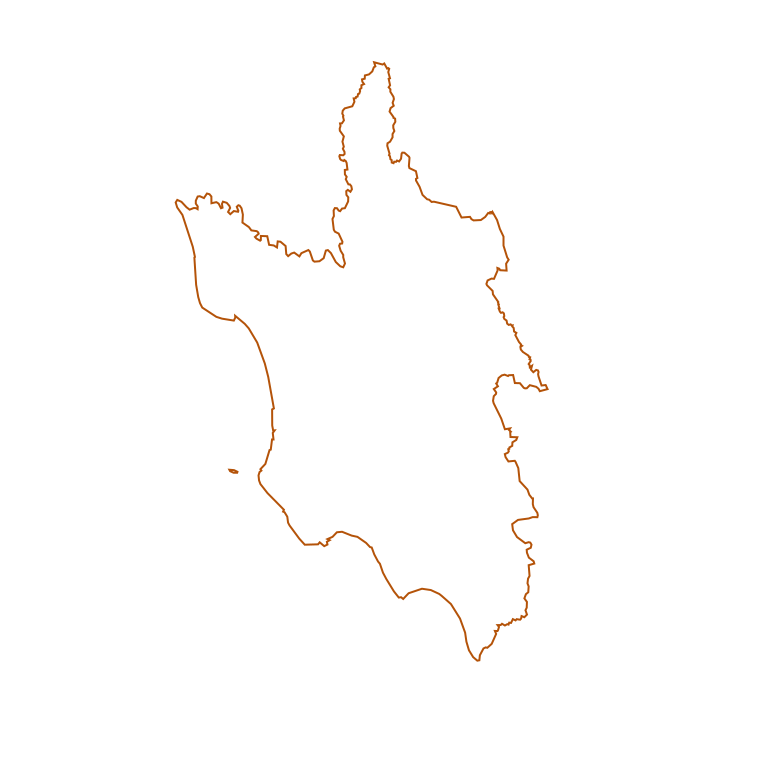 Ogan Komering Ilir, Sumatera Selatan, Indonesia (Equal Earth projection), rotated 152°
{"feature_id": "22746128B6554957987252", "entity_name": "Ogan Komering Ilir", "entity_type": "district", "adm_level": 2, "iso_a3": "IDN", "parent_name": "Indonesia", "parent_adm1": "Sumatera Selatan", "projection": "equal_earth", "projection_center": [105.107, -3.327], "detail": "fine", "context": "isolated", "style": "outline", "palette": "amber", "viewbox_px": 768, "rotation_deg": 152, "n_neighbors": 0, "source": "geoboundaries", "source_scale": "gbopen_adm2", "svg_char_len": 6164}
<svg xmlns="http://www.w3.org/2000/svg" viewBox="0 0 768 768"><g transform="rotate(152 384 384)"><path d="M242.0,302.7L241.8,306.0L241.6,307.1L241.0,306.9L245.6,308.7L244.0,318.2L243.3,320.4L241.9,322.0L241.7,323.7L243.0,325.0L246.6,324.3L247.5,327.7L244.8,330.6L247.4,330.3L246.6,332.2L246.9,333.7L243.7,335.4L243.2,336.7L243.9,337.5L242.4,339.0L243.4,339.9L243.1,341.1L246.3,347.0L247.0,350.2L246.2,352.7L244.3,352.9L245.0,353.9L244.4,354.5L245.1,357.7L245.1,365.5L243.1,367.0L244.5,369.3L243.2,372.6L243.7,374.5L242.9,375.4L243.8,375.7L244.2,377.2L246.1,377.6L246.9,379.5L246.0,382.5L247.2,384.9L247.0,386.9L245.9,387.5L245.0,390.1L245.6,391.6L247.3,391.9L247.7,393.5L247.3,396.8L246.5,396.5L245.8,400.4L245.3,400.4L245.2,402.3L244.6,402.7L245.7,412.0L244.4,415.2L246.7,422.7L246.6,424.3L243.9,426.8L239.6,426.6L237.5,425.2L230.3,431.0L229.4,433.2L228.1,431.7L228.0,429.9L222.5,426.6L219.7,432.9L215.6,435.2L215.8,438.0L213.5,450.1L209.3,458.0L208.9,466.5L207.2,475.7L207.4,485.0L208.5,484.2L208.7,485.6L209.7,485.9L210.5,484.9L211.7,486.1L216.2,484.0L221.5,483.3L228.1,486.4L229.4,488.5L229.6,491.2L237.4,494.6L237.1,506.6L254.3,521.5L256.5,522.4L257.6,525.5L259.2,526.9L261.2,532.9L260.0,541.5L260.2,548.6L259.5,550.1L257.8,550.2L255.9,556.9L260.2,562.7L259.7,564.8L255.3,571.7L255.2,572.9L257.4,578.6L259.2,579.7L260.3,579.1L263.2,574.9L266.2,573.4L267.6,575.2L269.0,574.5L270.6,575.5L271.9,574.5L273.2,575.9L272.1,578.1L272.8,579.4L271.8,582.3L272.2,583.7L271.0,584.7L269.3,592.8L267.9,594.9L264.9,595.1L260.6,597.8L259.1,600.7L256.1,602.5L255.6,605.6L254.4,608.1L250.9,610.2L249.6,613.1L250.7,614.6L250.3,615.3L251.2,621.9L248.7,624.5L244.8,625.1L244.4,628.2L241.5,630.9L240.8,633.2L241.2,639.1L240.0,641.2L240.6,643.8L238.4,644.9L236.6,651.3L235.2,651.1L233.8,657.4L231.4,659.9L232.0,661.0L233.2,661.0L233.3,666.9L235.2,666.7L241.7,672.7L242.5,668.5L244.3,668.4L247.6,665.5L251.9,664.4L256.0,665.4L257.7,662.6L260.4,663.3L261.2,661.1L260.8,658.2L263.7,658.4L265.0,655.9L267.1,655.5L267.6,653.8L269.5,652.0L270.8,652.2L272.4,650.2L274.1,650.5L274.8,649.6L276.7,650.4L277.6,647.1L281.6,644.1L289.3,645.8L292.1,644.7L293.9,642.3L293.9,639.9L294.7,639.3L295.6,635.6L298.8,633.9L300.5,634.7L301.2,632.3L303.3,630.2L304.1,628.3L303.2,621.5L306.9,617.5L308.1,612.4L309.9,611.0L309.9,607.5L310.8,605.6L312.6,605.1L315.5,606.9L316.5,606.1L317.1,603.3L316.7,601.9L314.9,599.8L313.9,600.4L313.1,598.8L313.2,596.8L315.6,590.5L318.1,591.4L320.1,587.4L319.7,584.4L321.6,582.8L321.7,577.0L320.4,576.2L320.0,574.0L320.9,571.0L323.4,569.5L324.8,572.4L326.8,572.0L328.4,568.6L327.9,565.6L330.0,562.0L336.0,557.6L338.7,558.6L341.6,557.2L342.6,558.4L343.0,561.3L344.8,562.4L347.0,560.9L349.4,555.8L352.0,553.9L355.9,543.8L355.8,541.5L353.4,538.1L353.9,529.1L355.0,527.7L357.0,528.5L358.7,527.1L359.7,522.1L359.4,517.1L360.5,515.1L361.9,508.7L365.2,506.2L367.3,508.4L369.3,514.3L369.4,524.5L370.7,528.6L372.7,529.1L378.2,523.4L383.4,522.7L388.0,524.7L388.8,526.5L387.3,535.8L387.9,537.8L395.5,538.3L398.8,536.4L401.6,542.2L404.6,542.7L408.6,541.9L409.3,544.6L406.1,552.0L408.6,558.2L410.9,559.8L414.4,554.8L416.3,558.1L420.1,560.8L417.7,569.3L423.2,572.5L425.2,568.9L426.1,568.7L428.4,572.3L428.9,574.4L424.1,575.5L423.9,577.0L424.6,578.7L429.0,581.9L429.6,585.9L433.2,593.0L429.1,599.8L427.3,606.1L427.7,609.2L428.7,610.2L430.8,609.6L431.3,605.3L432.0,604.6L435.4,607.2L440.0,606.1L440.9,609.1L437.2,611.7L436.9,613.9L437.8,617.8L440.6,620.6L442.5,619.1L443.8,615.5L445.4,615.7L445.3,620.8L446.1,622.4L446.7,623.3L451.5,624.6L448.4,630.6L449.0,633.5L450.9,635.3L455.7,632.7L458.5,636.3L460.5,637.0L464.1,634.2L465.5,631.6L465.1,628.2L466.5,625.9L467.5,627.6L469.5,628.7L473.8,629.2L475.4,632.8L477.3,639.9L480.1,643.6L482.7,642.1L483.7,637.0L482.6,627.9L488.4,595.0L491.3,584.9L492.1,584.6L503.3,559.8L507.2,548.0L508.5,541.8L508.6,536.8L500.5,522.0L496.3,517.7L486.8,510.5L484.1,512.5L483.4,514.1L478.7,502.5L477.3,496.6L476.5,480.1L479.6,458.1L482.9,444.6L492.7,414.1L494.7,414.1L502.2,399.8L503.7,395.0L502.3,394.4L505.2,393.0L507.6,386.9L508.9,387.6L514.8,379.2L516.1,379.4L526.3,369.1L533.1,366.8L532.9,365.1L535.2,364.7L537.7,362.2L539.6,357.5L540.1,353.6L538.1,342.4L531.4,319.9L533.0,318.7L532.0,317.5L531.7,312.2L533.8,306.6L533.8,303.4L531.4,287.2L529.4,279.3L517.5,273.4L515.1,274.4L512.9,268.9L509.3,268.8L508.5,271.5L505.3,271.6L506.7,273.6L501.2,273.2L495.2,275.2L490.4,273.2L483.7,265.3L479.2,261.5L474.4,252.1L472.9,246.6L471.6,245.4L472.6,238.1L472.6,230.0L472.0,227.2L473.5,217.9L473.5,210.7L472.6,196.2L471.2,188.5L469.0,187.7L468.0,185.2L460.5,187.7L446.6,185.4L439.4,180.1L433.8,172.7L432.6,170.0L428.2,158.3L427.0,141.2L429.1,126.4L432.2,117.8L434.0,109.0L433.5,101.0L431.5,95.9L429.5,95.3L426.7,99.5L420.3,103.8L417.9,103.7L416.6,102.6L410.9,104.0L402.3,110.7L402.0,113.9L399.8,112.6L398.9,113.1L396.5,115.5L396.9,117.8L394.1,116.4L392.4,116.9L390.6,114.0L387.9,114.1L387.0,113.1L385.5,114.5L384.0,113.4L380.6,115.9L378.8,113.5L377.3,114.1L374.5,112.0L373.1,112.5L371.5,114.5L369.6,112.2L366.0,113.3L365.3,117.8L363.0,119.5L360.1,124.5L360.7,128.8L357.4,131.8L354.4,132.4L351.3,137.4L350.9,140.6L348.2,144.5L345.6,146.2L341.3,156.1L335.6,154.9L335.1,157.2L337.6,162.7L337.0,167.9L335.8,170.7L331.3,170.5L329.2,172.9L329.3,175.3L330.5,176.4L334.0,177.1L338.4,186.4L338.8,194.3L336.6,200.1L329.5,201.1L319.3,197.3L315.3,196.7L311.1,194.4L309.8,195.9L309.1,198.3L309.8,205.0L309.0,208.1L306.2,213.0L306.9,213.3L307.7,217.9L306.9,223.4L309.8,234.6L304.9,246.7L304.4,253.5L304.6,254.8L310.5,257.2L311.0,262.3L310.2,265.4L307.0,265.2L305.5,265.9L304.9,268.1L303.8,267.9L303.1,269.1L299.8,269.2L298.0,272.2L293.5,272.5L291.3,274.4L297.2,277.8L295.2,282.2L294.4,282.3L295.2,284.7L293.5,285.6L298.5,287.3L296.7,298.4L296.2,315.6L295.6,318.0L292.8,321.7L289.7,322.7L288.9,323.9L289.4,328.0L284.5,328.5L284.7,331.8L283.5,332.0L280.0,335.5L276.0,336.3L273.1,335.6L270.7,332.8L269.6,333.1L265.8,331.3L268.0,323.4L263.6,320.9L262.4,315.0L261.5,313.9L259.9,313.2L255.8,314.5L250.9,310.0L249.8,307.3L249.8,304.5L242.0,302.7ZM555.3,374.6L554.6,375.3L556.9,378.4L560.8,380.9L560.8,379.3L558.5,376.3L555.3,374.6Z" fill="none" stroke="#b45309" stroke-width="2"/></g></svg>